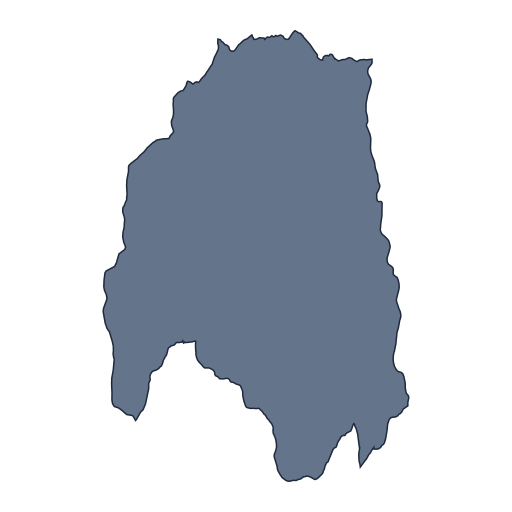 the district of Soatá, Boyacá, Colombia
{"feature_id": "7082276B16806691942886", "entity_name": "Soatá", "entity_type": "district", "adm_level": 2, "iso_a3": "COL", "parent_name": "Colombia", "parent_adm1": "Boyacá", "projection": "equal_earth", "projection_center": [-72.688, 6.322], "detail": "fine", "context": "isolated", "style": "filled", "palette": "slate", "viewbox_px": 512, "rotation_deg": 0, "n_neighbors": 0, "source": "geoboundaries", "source_scale": "gbopen_adm2", "svg_char_len": 6000}
<svg xmlns="http://www.w3.org/2000/svg" viewBox="0 0 512 512"><path d="M372.0,59.2L366.2,59.9L363.5,59.4L362.5,59.9L361.2,59.7L359.9,59.9L356.8,61.6L354.7,60.5L353.0,59.4L352.0,58.4L349.1,57.6L345.0,59.5L342.2,59.6L338.7,61.0L335.8,59.3L335.1,58.6L334.7,58.8L332.2,54.6L330.8,54.3L330.0,54.3L328.9,55.6L328.1,56.0L327.3,55.4L325.1,55.7L323.4,57.1L322.7,59.1L322.6,60.1L320.7,59.9L319.8,59.4L317.5,57.6L317.3,57.0L317.4,54.9L313.9,50.3L310.2,44.7L303.2,36.7L302.8,35.5L302.1,35.2L300.5,33.3L298.6,33.1L297.6,32.2L295.0,30.7L293.0,32.5L289.0,38.5L288.0,39.5L286.7,39.2L285.9,39.3L283.9,38.0L283.3,36.5L282.9,36.2L280.5,35.0L277.1,36.3L276.2,35.6L275.5,35.5L274.8,36.3L273.9,36.8L272.5,36.4L271.9,35.7L269.6,37.4L268.7,37.4L268.0,37.0L266.6,37.4L265.3,39.1L264.7,39.5L264.1,38.1L259.4,37.7L256.8,39.1L253.9,39.5L253.7,39.2L253.4,37.8L253.1,37.7L252.5,37.0L252.2,35.1L251.7,35.0L247.0,38.9L244.8,39.7L243.3,40.6L240.0,43.8L238.7,44.7L235.1,50.0L233.1,51.4L232.7,51.1L231.7,51.3L230.2,50.4L229.3,49.0L228.9,47.1L227.8,45.9L227.0,45.2L225.1,44.7L222.6,42.0L221.6,41.6L220.2,39.6L217.9,39.1L217.7,42.8L218.5,46.5L218.4,48.8L218.2,49.5L215.8,54.7L214.5,57.0L212.1,64.4L210.9,65.9L207.7,70.9L207.0,71.7L205.1,75.0L201.5,78.6L199.6,81.4L198.3,82.5L196.7,81.8L194.8,82.5L193.7,83.7L193.0,84.1L190.2,82.0L187.8,81.2L186.9,82.4L186.1,85.6L183.4,90.2L182.6,90.6L180.4,91.2L178.0,92.7L174.0,97.2L173.4,98.4L173.3,102.2L173.1,104.4L173.5,109.7L173.5,113.9L172.9,117.3L171.5,120.7L171.4,122.1L171.5,124.1L171.8,126.0L172.8,128.4L173.4,130.8L173.5,131.8L173.0,132.8L170.4,135.5L168.9,138.5L162.9,138.9L157.4,139.9L156.0,140.4L155.3,141.3L153.3,142.3L147.3,147.7L144.2,151.7L140.0,155.4L137.2,158.6L131.2,163.2L128.9,165.4L128.5,167.0L128.5,171.6L127.0,179.1L126.6,185.7L127.1,194.5L126.7,196.8L126.6,200.0L125.6,202.0L124.1,205.9L123.2,207.0L122.8,208.3L122.7,211.9L124.4,217.4L124.7,219.9L124.3,223.3L124.2,226.9L123.0,232.4L122.7,237.0L123.8,242.5L125.6,246.9L124.8,249.5L119.0,253.8L116.4,262.8L114.6,266.4L106.1,271.0L105.0,272.8L104.1,279.5L103.8,286.7L104.4,290.1L106.4,294.8L107.0,298.8L103.5,308.5L103.2,311.8L105.2,323.1L107.0,328.3L109.5,332.1L112.3,341.5L113.3,346.1L113.4,350.9L113.1,353.7L113.5,356.8L114.2,359.4L113.2,370.3L111.8,378.0L111.6,383.7L112.0,393.0L111.9,400.0L112.6,403.8L114.3,406.5L118.5,407.9L121.7,410.2L126.6,414.5L132.6,415.6L134.3,418.1L135.5,420.5L136.3,419.7L140.6,412.1L143.1,409.7L145.5,403.9L148.7,388.7L148.7,383.4L150.1,380.1L150.2,379.4L149.9,377.3L149.9,376.3L150.6,373.9L152.5,371.3L156.3,370.0L158.3,368.8L159.0,368.2L159.7,367.2L161.3,366.1L162.8,362.8L162.8,362.0L163.6,359.8L164.7,358.0L165.0,357.1L166.2,355.5L166.8,354.0L168.2,348.4L168.6,347.8L170.3,346.6L170.6,346.1L174.4,344.9L176.4,342.5L179.7,342.5L180.2,342.2L181.7,342.2L182.7,340.7L183.2,342.5L183.7,343.2L184.1,342.9L184.3,342.2L184.6,342.0L185.7,342.6L192.4,341.8L195.3,341.0L195.7,341.2L195.5,345.6L195.7,351.1L196.0,351.8L195.9,353.2L196.0,355.2L196.8,358.1L197.6,360.1L199.2,362.3L200.7,363.7L203.6,367.1L204.7,367.9L208.6,367.9L209.5,368.1L211.4,369.0L213.7,370.6L214.5,372.1L214.9,374.5L215.4,375.6L217.9,376.8L219.7,378.8L223.7,378.9L226.4,378.3L227.8,378.5L228.7,378.8L229.5,379.9L230.2,381.2L231.2,382.1L233.3,382.4L236.1,384.0L239.6,385.1L240.5,386.0L242.4,390.4L242.7,392.2L242.8,395.8L244.0,401.4L245.4,405.4L246.1,406.9L247.4,407.7L250.4,408.4L253.3,408.3L256.1,408.6L258.2,408.3L259.3,408.7L262.3,411.6L263.9,414.0L265.4,415.2L267.3,418.6L268.7,419.7L269.5,421.2L271.7,423.8L273.2,427.2L273.0,430.2L273.2,433.2L274.5,436.0L275.8,439.7L276.5,444.6L276.5,447.0L276.3,448.4L275.5,451.3L274.2,454.6L274.2,456.8L277.0,466.0L277.4,469.0L277.9,470.6L279.6,473.7L282.1,477.6L285.9,480.4L287.4,481.0L289.3,481.3L293.5,480.3L296.0,480.5L298.3,479.5L301.0,478.8L302.4,477.5L302.9,477.4L303.7,476.6L305.1,476.7L306.6,476.1L308.1,476.2L310.8,477.2L314.2,479.2L315.3,479.5L316.9,478.8L319.2,476.9L322.5,473.5L323.1,472.2L323.6,470.4L324.3,469.2L324.8,466.9L325.8,464.4L326.4,463.1L328.3,461.4L328.5,460.5L333.2,449.1L334.1,448.2L336.3,446.9L337.6,442.8L338.4,441.1L339.8,439.3L340.5,437.5L342.0,436.0L343.4,435.4L344.6,435.5L345.2,435.1L345.7,434.1L346.7,433.0L350.7,431.0L351.6,429.2L353.0,424.9L353.8,423.6L354.4,424.2L354.9,426.0L356.3,429.0L357.7,434.3L359.0,444.8L359.4,447.4L359.7,447.4L359.2,451.4L358.8,453.1L358.8,456.2L359.1,461.1L360.0,464.7L360.3,467.1L365.7,459.7L366.1,459.6L368.8,454.6L370.7,452.5L371.2,451.1L373.8,447.5L373.8,449.0L376.2,449.2L378.6,448.8L380.0,447.9L381.3,446.6L381.7,445.5L383.5,444.3L384.6,442.3L385.7,438.4L387.2,429.3L387.6,424.4L389.1,419.7L390.6,417.8L392.4,417.3L395.7,416.9L397.6,415.9L399.0,414.2L400.2,413.6L401.7,412.1L403.2,409.1L407.9,405.8L407.8,404.3L407.9,401.9L408.8,397.7L408.4,395.7L406.7,393.7L406.1,392.6L405.2,387.4L405.3,383.9L404.8,381.0L403.9,376.7L402.9,374.0L401.6,372.6L398.3,371.5L397.3,370.9L396.5,369.9L395.0,367.5L394.3,365.9L393.4,362.2L393.2,359.2L393.3,356.1L393.7,353.4L394.5,350.8L395.9,343.5L397.0,332.4L398.4,327.7L399.7,320.5L400.6,317.8L400.8,316.0L400.8,314.6L400.2,311.6L398.9,308.6L396.4,301.0L396.5,298.8L398.9,289.4L399.2,287.3L399.0,283.7L398.2,280.0L396.9,277.2L394.9,276.0L394.0,275.2L393.4,274.4L393.2,273.0L393.3,269.4L392.7,267.6L391.4,266.3L388.6,264.4L388.1,263.7L387.3,261.8L387.1,259.7L387.2,257.6L389.1,251.4L390.1,247.3L390.0,245.3L389.0,241.7L388.5,240.6L387.6,239.3L384.0,235.7L382.4,234.5L381.7,233.6L380.5,231.1L380.3,229.8L380.8,223.5L381.9,216.0L382.1,203.1L381.8,202.2L381.0,201.5L378.6,201.6L377.4,200.9L376.7,198.0L376.7,193.6L378.2,190.8L379.4,188.0L379.8,186.4L379.7,184.9L378.4,181.9L378.1,180.4L377.6,174.6L375.5,168.8L375.1,166.8L374.6,162.6L373.7,159.8L372.2,156.3L370.8,151.6L370.5,148.2L370.8,138.6L370.0,134.4L366.4,125.6L366.5,124.2L367.3,122.7L367.7,121.3L367.3,116.3L366.6,113.9L366.0,111.0L366.1,103.4L367.7,94.6L369.4,89.5L371.0,83.3L371.2,81.2L370.6,78.8L367.9,73.6L367.6,71.2L368.4,68.0L371.0,64.8L371.8,63.5L372.1,62.1L372.0,59.2Z" fill="#64748b" stroke="#1e293b" stroke-width="1.5"/></svg>